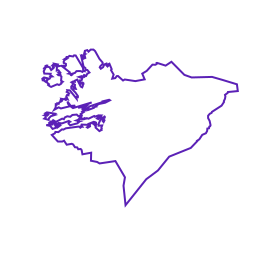 the district of Åfjord nor, Sør-Trøndelag, Norway, rotated 15°
{"feature_id": "86288312B63643757450384", "entity_name": "Åfjord nor", "entity_type": "district", "adm_level": 2, "iso_a3": "NOR", "parent_name": "Norway", "parent_adm1": "Sør-Trøndelag", "projection": "albers", "projection_center": [10.134, 63.948], "detail": "fine", "context": "isolated", "style": "outline", "palette": "violet", "viewbox_px": 256, "rotation_deg": 15, "n_neighbors": 0, "source": "geoboundaries", "source_scale": "gbopen_adm2", "svg_char_len": 5539}
<svg xmlns="http://www.w3.org/2000/svg" viewBox="0 0 256 256"><g transform="rotate(15 128 128)"><path d="M100.7,169.2L107.0,168.8L109.7,169.6L124.4,163.2L137.8,176.4L138.6,184.9L145.6,203.2L158.9,172.7L167.9,161.3L175.2,145.0L193.8,131.0L198.3,122.8L198.0,122.5L199.8,120.5L201.5,115.4L204.6,112.9L205.2,110.4L204.8,108.0L206.3,107.3L206.2,105.6L206.9,104.9L207.0,103.9L205.0,100.0L202.8,97.7L202.2,95.4L203.3,93.1L204.8,91.8L204.9,90.7L212.6,82.2L214.0,78.0L213.6,77.3L214.1,74.7L213.9,72.3L213.1,70.9L215.2,68.3L215.2,67.4L224.5,63.9L221.9,57.6L206.9,57.1L196.0,56.9L176.4,62.7L168.7,62.1L152.8,52.8L148.2,58.0L139.2,57.6L138.8,57.8L139.1,58.8L138.1,59.8L135.2,60.5L131.3,68.0L127.7,71.8L131.5,76.7L123.0,80.8L112.3,82.0L110.9,83.4L104.9,80.4L103.7,80.8L102.8,83.1L100.0,84.4L100.3,80.1L96.6,76.5L97.0,75.4L93.4,70.7L92.6,71.4L92.9,72.9L92.3,73.9L90.8,73.0L91.0,71.8L90.6,71.3L88.7,72.7L88.2,75.7L86.4,77.8L85.0,76.7L85.3,75.4L86.9,72.8L86.5,71.3L82.5,68.6L76.3,62.2L74.3,61.2L71.7,61.9L70.1,64.5L68.5,63.3L66.4,64.6L66.9,66.9L66.4,66.6L66.4,67.7L67.5,67.7L66.9,68.3L68.6,71.4L67.7,72.1L67.8,72.8L67.2,71.9L66.8,72.4L66.9,71.0L65.6,69.8L63.7,69.5L65.9,71.0L66.3,71.9L67.5,73.3L64.6,71.5L69.2,80.2L71.4,81.2L72.0,82.9L73.7,82.5L76.4,84.4L74.6,86.2L74.1,88.5L72.8,88.3L73.1,89.2L72.8,89.6L72.2,89.3L72.4,88.6L71.9,88.5L72.0,90.0L70.0,89.8L67.4,91.4L71.0,91.8L70.8,94.0L69.3,94.5L71.1,97.2L72.5,95.9L73.4,96.3L73.6,97.1L72.9,97.8L73.5,98.8L73.2,100.6L71.6,100.2L66.4,94.4L64.4,96.1L64.7,97.2L63.0,97.2L61.6,98.5L65.6,100.0L65.9,101.9L67.4,103.7L66.1,103.9L63.1,101.2L62.5,102.6L62.9,104.2L68.1,107.4L71.4,110.2L71.6,111.2L70.1,111.4L70.8,113.1L62.1,106.7L59.5,107.2L60.0,108.0L59.5,109.0L62.2,109.8L61.8,110.9L62.0,111.8L60.6,111.9L60.2,113.4L62.3,115.9L60.7,115.8L60.9,116.8L60.4,117.0L60.0,116.7L60.2,115.0L59.1,116.7L56.5,117.0L57.3,117.6L57.3,118.7L56.8,119.4L55.7,118.7L55.7,120.4L54.9,121.3L54.8,122.6L53.2,122.4L53.1,123.9L52.1,123.8L52.8,126.8L52.1,129.4L55.7,126.0L58.1,126.5L66.3,122.0L63.8,120.1L62.7,118.1L67.0,121.5L71.2,120.0L68.6,122.6L69.7,123.0L86.3,112.7L74.6,121.4L82.1,117.8L80.6,120.1L78.9,120.8L79.2,121.9L80.5,121.7L83.4,119.8L84.0,120.1L84.7,119.3L84.0,118.8L85.8,116.7L97.0,109.3L95.7,109.3L102.5,105.6L103.4,105.9L99.4,109.5L93.4,112.5L91.2,115.4L91.6,115.6L89.2,117.0L89.6,117.5L84.6,121.1L83.5,120.1L82.2,121.3L82.6,122.0L80.5,122.7L80.8,123.1L79.8,124.0L80.9,124.3L78.1,127.3L79.5,126.8L79.8,127.4L77.2,129.5L75.0,128.3L70.9,129.8L69.3,132.1L66.3,132.4L64.2,134.2L63.8,136.1L62.0,136.0L56.8,140.7L53.7,139.8L53.3,141.2L51.7,141.7L50.8,143.3L49.8,143.1L50.8,143.8L53.4,141.3L55.9,141.3L53.6,143.4L54.0,144.2L48.3,146.4L52.4,146.1L55.4,148.4L59.2,145.8L58.0,145.4L56.0,143.2L56.3,143.0L59.8,141.6L60.1,142.2L59.6,142.9L58.2,143.0L58.5,144.2L59.9,144.1L59.6,144.8L59.9,145.5L62.1,142.8L60.4,141.0L63.1,140.6L69.0,136.5L70.0,136.8L69.4,137.2L70.0,137.3L69.4,137.8L69.4,139.1L71.4,140.3L77.9,136.6L78.6,135.6L77.5,135.8L79.0,134.9L77.6,135.1L79.4,134.1L76.2,134.1L79.0,132.1L78.6,131.8L79.2,131.4L78.6,129.9L79.6,128.2L80.1,128.2L80.0,129.6L80.8,130.8L81.7,131.0L80.7,132.0L82.7,131.1L82.3,130.7L83.4,129.8L83.8,130.5L85.1,129.7L85.1,130.4L85.3,129.3L87.5,129.2L92.3,125.1L93.3,125.4L92.4,126.2L96.3,123.4L98.9,122.8L98.2,124.1L96.1,124.9L95.9,125.5L96.2,126.0L95.6,126.8L97.0,127.1L97.7,125.7L99.9,125.3L100.0,124.4L101.4,124.8L102.6,122.2L102.4,123.8L103.4,123.4L101.6,125.3L103.3,126.6L102.9,128.6L101.6,127.7L101.9,126.4L101.1,125.8L99.4,126.6L98.5,131.5L99.0,133.4L102.4,132.2L102.2,134.7L102.8,135.4L102.4,136.5L102.9,136.8L101.2,138.4L96.6,136.0L96.5,134.7L95.7,134.3L96.3,133.3L95.6,133.3L96.1,132.1L95.8,131.3L94.7,131.7L94.1,133.2L92.9,132.8L94.0,130.9L93.3,130.9L90.2,133.2L90.6,133.6L90.2,134.7L90.9,136.2L89.0,138.2L88.2,137.9L90.2,135.8L89.3,135.0L89.5,133.8L88.6,134.3L88.6,135.3L82.3,136.7L82.2,137.5L83.6,138.6L81.6,139.1L82.6,140.4L80.2,139.3L68.0,144.4L66.1,146.2L64.6,146.4L61.8,150.0L58.9,150.6L58.7,152.1L56.2,154.4L63.7,159.2L68.0,158.1L69.5,156.8L73.1,160.0L77.8,157.8L79.3,158.1L81.7,160.3L84.0,159.9L85.4,161.4L87.7,160.5L88.9,161.3L90.8,165.2L98.8,161.4L100.7,169.2ZM58.7,71.5L57.1,71.8L56.5,73.1L52.7,73.5L52.0,74.8L50.3,75.3L50.3,76.3L49.1,77.6L50.6,77.3L49.0,79.0L48.7,80.7L49.1,81.8L51.4,82.1L51.9,83.7L51.4,84.6L50.0,84.5L50.0,85.1L47.9,85.0L47.6,85.2L49.8,85.2L49.8,85.6L50.1,86.0L49.9,85.2L50.8,85.4L50.9,86.0L50.1,86.2L57.4,89.3L57.6,90.0L56.7,90.8L58.9,90.7L59.1,91.6L59.6,91.7L60.1,91.1L58.9,90.7L62.5,88.5L63.5,86.4L67.3,85.3L69.5,85.6L70.0,84.5L70.9,84.4L69.7,83.6L69.0,81.6L58.7,71.5ZM43.5,84.8L39.9,85.0L40.7,86.0L39.6,85.6L39.0,86.7L40.0,86.3L39.6,87.9L40.7,88.3L40.4,88.7L40.7,89.9L39.8,88.7L39.7,89.4L40.3,89.8L38.8,91.9L36.5,89.6L33.9,89.6L33.8,88.6L33.2,88.7L32.6,89.2L33.9,90.0L31.9,91.0L31.5,92.2L32.5,92.2L31.9,95.0L33.1,97.1L39.0,95.7L38.8,96.3L39.3,96.8L41.5,97.8L39.7,98.5L40.1,98.8L39.5,100.7L38.0,101.6L37.5,104.0L37.6,104.9L41.1,106.5L39.7,106.3L39.6,107.1L41.7,107.9L43.1,108.2L48.3,104.1L50.2,104.3L51.6,103.0L52.2,102.1L51.8,101.4L53.0,100.2L51.1,99.6L50.4,95.6L49.1,94.7L47.0,95.0L46.5,94.7L48.2,93.7L47.8,93.5L48.3,92.5L46.7,92.4L47.5,91.5L45.9,90.2L44.3,91.0L43.5,87.0L46.6,85.5L43.9,86.7L44.0,85.7L43.1,85.6L43.5,84.8ZM53.6,133.1L45.6,133.9L44.8,134.7L47.5,135.7L46.8,136.9L44.7,136.6L45.0,137.0L44.3,137.4L45.2,137.5L45.8,139.0L44.7,140.6L49.3,140.7L49.1,139.1L50.4,136.6L54.3,134.1L52.9,133.9L53.6,133.1ZM37.9,100.8L33.8,100.9L32.5,102.6L33.2,103.9L34.5,103.1L34.6,104.0L36.5,104.7L37.9,100.8Z" fill="none" stroke="#5b21b6" stroke-width="2"/></g></svg>